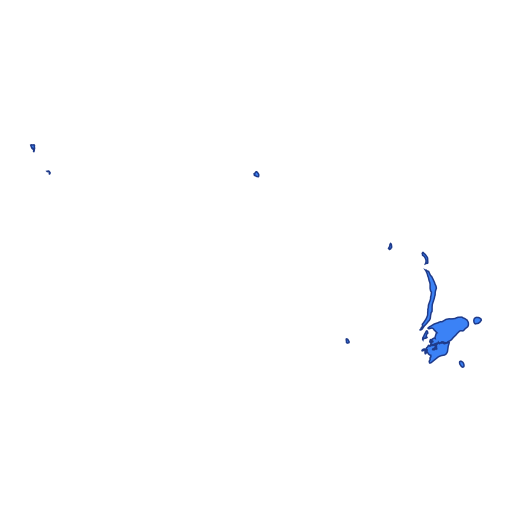 Temotu Pele, Solomon Islands
{"feature_id": "97153195B69741272399773", "entity_name": "Temotu Pele", "entity_type": "district", "adm_level": 2, "iso_a3": "SLB", "parent_name": "Solomon Islands", "parent_adm1": "", "projection": "natural_earth1", "projection_center": [166.262, -10.185], "detail": "fine", "context": "isolated", "style": "filled", "palette": "blue", "viewbox_px": 512, "rotation_deg": 0, "n_neighbors": 0, "source": "geoboundaries", "source_scale": "gbopen_adm2", "svg_char_len": 6032}
<svg xmlns="http://www.w3.org/2000/svg" viewBox="0 0 512 512"><path d="M468.4,325.0L468.4,323.0L468.1,322.0L467.0,320.0L466.6,319.9L465.6,319.1L464.5,318.4L463.2,318.0L462.3,317.3L461.4,317.1L457.8,317.3L457.4,317.6L456.2,317.8L455.6,318.4L452.8,318.8L450.8,318.9L449.2,318.8L446.0,319.4L443.5,320.9L443.0,321.1L442.6,321.5L441.4,321.8L440.3,321.7L439.8,322.0L438.7,322.3L438.1,322.8L437.4,322.9L434.2,324.0L430.2,326.5L429.7,326.6L428.0,328.1L428.4,328.6L429.0,328.8L431.4,328.1L431.9,328.1L432.8,328.4L433.7,329.1L433.9,329.7L434.6,330.5L435.3,330.9L435.6,331.6L436.2,331.9L437.0,332.8L436.7,332.9L436.6,333.1L436.3,333.3L435.9,334.5L435.0,337.4L435.2,338.4L434.5,338.0L434.0,338.1L432.7,338.8L431.9,339.7L431.1,339.5L430.4,339.7L430.3,340.0L430.1,340.3L430.2,340.6L429.9,341.2L429.8,341.6L430.3,342.0L430.1,342.2L430.1,342.4L430.7,342.6L431.7,342.0L431.9,341.8L431.6,341.5L431.6,340.9L431.6,340.7L432.0,340.6L432.8,341.4L433.5,341.6L433.0,341.7L430.8,342.7L430.9,343.6L431.8,344.1L432.2,344.8L432.5,344.9L434.2,344.3L435.1,344.5L435.4,344.8L435.4,344.6L435.3,344.4L434.8,344.1L435.0,343.7L435.7,343.7L435.9,343.5L436.8,343.3L436.9,343.1L438.0,343.0L438.3,342.8L438.4,342.3L438.8,342.9L440.0,342.8L441.2,342.5L441.5,341.9L442.6,341.8L443.5,342.0L444.3,342.5L445.2,342.7L446.0,342.6L447.0,342.7L447.3,342.5L447.8,341.8L449.9,340.8L451.5,339.7L453.3,337.5L456.0,334.9L457.1,333.5L459.6,331.1L460.8,330.7L462.5,330.9L463.5,330.6L465.2,328.7L467.5,326.9L467.9,326.4L468.4,325.0ZM449.3,342.6L449.1,342.3L448.9,342.4L448.2,342.1L447.8,342.3L447.6,342.7L447.1,343.1L446.6,343.1L445.5,343.5L444.3,343.5L444.2,343.7L442.9,343.1L441.9,342.7L441.7,342.9L441.6,342.7L439.9,342.9L439.9,343.5L439.6,343.6L439.6,343.0L439.5,342.9L437.4,343.5L436.9,344.1L436.8,344.4L436.9,344.6L436.3,345.1L436.2,345.7L436.6,347.0L436.3,348.1L436.8,348.8L436.7,349.0L436.4,348.7L436.1,348.6L434.5,349.7L433.1,349.8L432.6,349.6L432.8,348.9L433.9,348.5L435.1,347.4L435.4,346.7L435.2,345.9L435.5,345.8L435.5,345.6L435.2,345.6L434.4,345.1L432.5,345.5L432.1,345.2L431.6,345.2L431.5,344.5L431.0,344.3L430.8,344.3L430.6,344.8L430.9,345.4L430.8,345.6L431.1,346.4L430.6,345.9L430.0,345.8L430.0,346.1L429.5,346.1L429.2,345.9L428.8,345.3L428.4,345.5L427.4,347.2L426.6,347.7L426.4,348.5L425.9,349.4L425.9,349.7L426.1,349.8L426.7,349.7L427.8,349.9L426.9,350.2L426.9,351.4L428.4,353.9L429.1,354.5L429.9,354.9L430.2,355.3L430.8,355.3L430.9,356.9L430.2,357.4L430.0,358.7L430.2,359.2L429.7,360.5L429.4,360.8L429.2,361.5L429.6,363.0L430.3,363.0L431.2,362.6L438.0,357.1L439.2,356.4L441.3,355.6L444.6,355.0L446.0,354.1L446.7,353.1L447.4,351.8L447.7,350.0L448.2,346.2L449.3,342.6ZM436.4,288.2L436.0,286.1L434.9,283.8L434.6,282.7L433.2,279.6L431.6,276.4L431.0,275.9L430.8,275.8L430.1,274.7L428.6,271.4L427.0,270.9L426.3,270.2L426.0,270.4L425.4,270.1L426.0,271.0L427.2,273.7L427.9,276.3L428.4,277.4L429.1,280.6L429.8,282.5L430.1,284.1L430.1,288.4L430.6,290.9L431.4,292.0L431.4,292.5L431.1,295.2L430.6,297.1L430.6,298.5L430.2,300.2L428.4,305.2L428.5,305.6L428.3,306.3L428.4,307.0L427.8,309.6L427.9,310.9L427.7,312.1L427.7,314.2L427.5,315.6L426.3,318.5L425.4,320.0L423.3,323.1L422.3,324.3L422.6,326.0L422.4,326.4L421.6,327.6L421.3,327.8L420.9,329.0L420.1,329.7L420.2,330.0L421.3,329.7L422.2,329.0L424.4,325.8L425.3,325.0L427.6,322.4L428.4,321.2L429.2,320.6L430.1,318.9L430.3,318.2L430.6,315.4L431.2,312.4L431.9,311.7L432.0,311.4L432.1,309.5L432.1,307.0L432.3,304.5L433.0,302.2L433.3,301.5L433.5,300.7L434.2,298.6L434.8,295.8L435.1,295.1L435.2,292.6L435.5,290.8L436.4,288.2ZM481.3,320.2L481.1,319.2L480.9,318.9L479.5,317.9L478.4,317.5L476.2,317.4L474.7,318.2L474.1,319.1L473.8,320.6L473.9,321.6L474.1,322.5L474.8,323.6L475.1,323.6L475.5,323.9L476.5,323.6L477.5,323.5L477.7,323.4L478.4,323.3L478.6,323.0L479.4,322.6L480.1,321.9L481.3,320.2ZM427.8,262.5L427.6,258.3L427.4,257.5L425.3,254.5L423.9,253.3L423.2,252.5L423.0,252.4L422.7,252.5L422.2,253.5L422.5,254.2L422.5,255.0L422.6,255.3L423.7,256.0L424.4,256.7L425.2,258.0L426.0,260.1L426.0,262.2L425.4,263.8L426.8,263.2L427.5,263.3L427.7,263.1L427.8,262.5ZM464.0,365.8L463.9,364.6L463.4,363.1L462.6,362.1L461.1,361.2L460.4,361.2L459.7,361.7L459.6,362.0L459.6,362.6L459.6,363.1L459.9,364.2L461.2,366.2L462.1,367.0L462.7,367.2L463.1,367.1L463.8,366.6L464.0,365.8ZM427.7,332.5L427.5,331.7L427.0,330.9L426.5,330.9L426.1,331.5L425.2,333.3L424.6,334.2L423.8,336.1L423.6,336.3L423.4,337.0L422.9,337.5L422.7,338.3L422.8,339.3L422.7,339.4L423.0,339.9L423.2,339.1L423.7,338.7L424.2,338.6L424.4,338.2L425.6,338.3L426.0,338.0L426.6,337.8L427.0,337.5L426.9,337.3L426.1,337.7L426.0,337.2L426.5,334.9L427.2,333.4L427.4,333.2L427.7,333.2L427.7,332.5ZM258.6,176.4L258.8,174.9L258.5,174.0L257.4,172.4L256.6,171.7L256.0,171.8L254.9,173.2L254.0,173.9L254.1,174.2L254.6,174.4L254.8,174.6L254.8,175.1L254.5,175.4L254.6,175.5L255.2,175.6L256.5,176.4L257.4,176.6L258.4,176.7L258.6,176.4ZM34.6,148.2L34.4,147.5L34.5,147.1L34.3,146.3L34.5,145.4L34.2,145.0L34.0,144.8L32.9,145.0L31.3,144.8L30.7,145.1L31.3,146.8L31.9,148.2L32.5,148.9L33.1,148.9L33.1,148.5L33.4,148.7L33.8,149.3L33.6,149.3L33.4,149.5L33.7,150.2L33.8,150.5L33.6,151.1L33.6,151.5L33.8,151.6L34.2,150.9L34.2,149.9L34.6,148.2ZM391.7,247.0L391.4,244.8L391.2,244.1L390.6,243.5L390.0,244.3L389.8,245.9L389.5,246.7L388.5,248.4L388.8,248.8L389.5,249.4L389.9,248.9L390.3,249.1L390.6,248.9L391.1,247.8L391.5,247.7L391.7,247.0ZM349.1,342.0L349.0,341.4L348.3,340.5L347.9,339.5L346.9,338.9L346.4,338.9L346.2,339.1L346.3,340.5L346.5,341.0L346.4,342.2L346.9,342.9L347.4,343.1L348.6,342.8L349.0,342.6L349.1,342.0ZM426.2,352.8L425.9,351.7L426.0,350.3L425.6,349.8L425.6,349.5L425.0,349.0L424.6,349.0L424.7,349.7L425.1,350.0L425.0,350.9L425.0,352.7L425.2,353.7L425.4,353.8L425.9,353.5L426.2,352.8ZM50.1,172.7L49.1,171.3L48.5,171.0L47.0,171.3L47.3,171.6L48.1,171.5L48.9,171.7L49.3,172.3L49.4,172.9L49.3,173.8L49.4,174.0L49.7,173.9L50.0,173.4L50.1,172.7ZM423.8,349.5L423.6,349.3L423.3,349.2L422.0,350.3L422.0,350.5L422.2,350.9L423.3,350.6L423.6,350.3L423.8,349.5Z" fill="#3b82f6" stroke="#1e3a8a" stroke-width="1.5"/></svg>